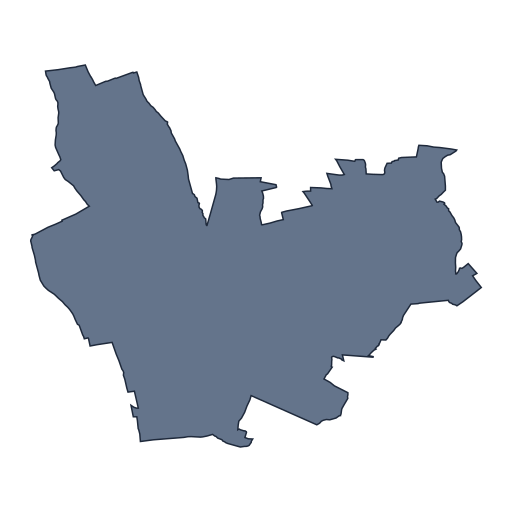 outline of Rebricea, Vaslui, Romania
{"feature_id": "2599482B37161046362240", "entity_name": "Rebricea", "entity_type": "district", "adm_level": 2, "iso_a3": "ROU", "parent_name": "Romania", "parent_adm1": "Vaslui", "projection": "robinson", "projection_center": [27.58, 46.87], "detail": "fine", "context": "isolated", "style": "filled", "palette": "slate", "viewbox_px": 512, "rotation_deg": 0, "n_neighbors": 0, "source": "geoboundaries", "source_scale": "gbopen_adm2", "svg_char_len": 5984}
<svg xmlns="http://www.w3.org/2000/svg" viewBox="0 0 512 512"><path d="M252.7,439.0L248.3,438.8L244.9,437.5L246.5,432.3L246.3,431.7L244.9,430.8L244.1,430.9L240.2,429.7L239.3,429.1L238.6,429.2L237.8,429.7L238.2,425.1L238.8,421.2L241.5,418.1L244.7,412.2L246.9,406.2L249.9,399.8L251.1,395.6L316.8,424.8L319.1,423.5L319.9,422.9L321.3,421.3L323.2,420.3L326.3,419.5L329.8,419.8L336.1,418.0L339.0,415.9L340.4,415.6L340.3,415.4L341.0,414.1L341.6,409.8L341.9,408.6L343.8,405.2L347.8,398.4L347.5,396.6L347.9,394.8L347.9,392.7L334.3,385.8L330.3,382.5L324.0,379.0L326.3,374.7L327.5,373.9L332.2,367.1L331.5,366.8L331.2,366.2L331.6,365.3L331.7,361.1L331.9,359.7L331.6,357.4L332.0,356.8L333.2,356.3L333.8,356.4L334.9,356.7L337.7,357.9L338.8,357.9L341.4,359.1L341.7,359.8L343.8,360.8L342.4,354.9L373.0,357.2L373.1,356.6L368.5,355.6L369.5,354.7L371.0,352.9L373.9,350.2L376.0,349.1L375.3,348.4L377.4,346.1L378.0,346.0L378.2,345.6L378.8,345.2L378.8,344.8L379.1,344.5L379.0,344.0L379.3,343.7L379.2,343.5L379.8,342.7L381.0,339.8L385.9,340.0L387.5,338.2L388.8,335.9L390.0,334.4L393.8,330.4L395.5,328.0L399.8,324.4L401.1,322.7L400.9,322.5L402.3,319.6L402.6,317.7L403.5,315.4L410.9,304.1L418.2,303.6L419.3,303.2L424.0,302.7L448.3,300.3L448.9,301.7L449.6,302.5L451.8,303.4L452.6,304.2L455.5,304.9L456.9,305.8L463.0,301.7L481.3,287.5L475.9,280.6L472.6,275.8L476.9,273.4L468.2,263.6L463.9,267.1L462.0,268.4L460.4,268.0L459.5,268.3L459.4,269.4L458.9,270.2L458.4,271.5L456.8,273.7L456.2,274.0L455.7,273.9L455.8,273.0L455.5,271.3L455.7,267.2L455.4,262.9L455.5,257.5L456.6,253.9L457.3,252.4L458.3,251.6L460.6,248.9L461.9,244.7L462.0,243.3L461.2,241.6L461.6,239.7L461.5,236.7L461.1,233.9L460.8,233.2L460.7,232.1L459.3,229.6L459.3,228.0L459.0,227.0L455.5,222.5L454.8,220.0L453.7,217.8L451.9,215.5L449.9,211.9L449.0,211.2L448.6,210.2L448.6,208.7L447.4,208.0L446.1,206.0L444.0,204.2L444.7,203.3L444.5,202.8L443.0,202.0L439.5,201.1L438.1,202.2L437.0,202.2L435.2,199.1L436.7,198.5L439.2,195.8L441.1,194.5L443.5,192.0L445.4,190.2L445.4,186.0L444.6,176.2L443.5,173.5L442.4,172.4L441.5,168.3L441.2,162.2L441.8,160.7L442.8,158.5L445.0,156.8L447.6,155.2L450.2,154.7L456.0,151.0L456.7,150.0L451.1,149.0L439.6,147.5L433.8,147.1L427.2,145.8L418.9,145.3L418.4,146.9L418.1,148.9L416.4,156.9L401.6,157.5L398.7,158.2L398.2,160.0L394.5,160.6L394.3,161.1L392.1,161.6L391.3,163.1L387.1,163.3L385.0,167.8L384.7,169.0L384.5,170.4L384.8,172.2L384.6,173.4L383.8,174.3L382.5,174.6L372.4,174.3L366.2,173.9L365.9,168.8L365.4,167.1L365.6,164.8L365.4,163.4L364.4,160.7L363.9,160.1L363.0,159.6L355.7,159.6L355.3,159.9L355.0,161.0L354.6,161.3L347.8,160.2L335.6,159.3L336.7,160.7L339.8,166.7L344.3,174.5L342.1,175.1L339.3,175.1L326.9,173.4L327.9,176.5L330.5,183.3L331.0,184.8L331.0,185.7L331.9,188.7L326.8,188.5L321.0,187.9L310.6,187.5L310.6,191.1L306.3,191.2L303.0,191.6L304.3,193.2L309.8,201.5L312.3,205.4L312.1,205.7L298.7,208.7L286.6,211.0L281.8,212.3L281.6,212.7L281.8,213.4L283.3,219.6L277.0,221.0L270.0,223.1L262.3,224.8L261.6,224.7L261.2,222.3L260.2,218.6L260.0,216.5L259.6,215.2L260.5,211.7L262.1,208.8L262.7,206.9L262.5,204.7L263.0,203.0L263.0,199.7L263.5,198.4L263.4,196.0L262.6,192.9L261.8,191.0L276.2,187.5L276.6,187.1L276.0,184.7L260.3,181.7L261.1,177.8L233.4,178.1L229.0,179.5L220.6,179.1L219.1,178.5L215.9,177.8L215.9,178.8L216.5,183.9L216.7,186.5L216.5,190.1L216.2,192.3L215.8,194.4L210.3,214.0L207.0,225.4L206.9,225.5L206.4,225.1L206.1,224.2L205.7,218.9L204.2,217.7L203.8,216.7L202.9,215.4L202.9,213.5L202.2,212.5L202.4,211.0L202.3,210.4L201.2,209.2L200.0,208.7L199.1,207.3L198.9,205.5L199.4,203.4L199.1,203.0L197.9,202.6L197.0,198.2L195.1,196.7L194.8,196.1L194.4,194.8L193.1,193.8L192.5,193.5L188.5,179.0L188.2,176.0L187.4,170.2L185.7,163.9L184.2,160.2L182.8,155.6L180.7,151.4L179.8,149.1L175.3,141.0L174.6,138.9L171.3,133.0L171.0,130.8L169.4,127.4L169.0,127.1L167.3,124.2L167.6,122.1L167.0,121.6L165.4,121.0L164.6,120.2L160.7,116.0L158.3,113.0L156.3,111.5L155.2,109.8L153.2,107.4L150.8,105.7L148.9,103.1L147.8,102.1L146.7,100.8L146.2,99.5L143.2,94.7L140.7,85.6L140.6,84.6L139.2,80.7L138.6,77.3L136.8,72.0L133.4,73.0L133.0,72.3L132.2,72.5L116.1,78.4L115.4,78.1L114.4,78.4L107.5,81.2L105.7,81.3L95.7,85.5L93.8,82.2L92.6,79.7L91.0,76.9L90.8,76.9L88.1,71.8L85.3,65.0L77.4,66.5L75.7,67.1L69.9,67.8L58.0,69.7L45.5,71.1L46.1,74.9L46.5,75.9L47.0,76.5L48.1,78.8L49.6,81.5L49.9,83.3L51.2,88.2L53.9,92.3L54.5,93.8L55.5,98.4L56.0,99.6L57.2,101.0L57.9,102.5L57.9,104.6L57.7,106.3L58.0,108.8L58.7,111.9L58.7,113.3L58.1,117.6L58.3,123.1L58.0,124.2L57.2,125.8L56.5,126.9L56.2,128.0L56.0,130.6L56.3,132.8L56.2,135.1L55.4,139.9L55.1,145.0L55.6,147.4L58.9,154.9L59.8,156.7L60.8,159.6L60.3,160.6L57.7,162.7L57.0,163.6L54.2,166.0L51.7,167.7L54.2,170.8L58.7,169.6L60.5,171.0L63.7,177.4L65.0,179.2L65.5,179.7L68.0,181.3L73.6,185.8L74.8,188.0L76.9,191.0L80.8,195.5L83.9,199.9L85.5,201.5L87.2,204.2L89.3,206.2L75.8,214.1L61.9,220.2L62.2,221.2L55.3,224.3L47.9,227.3L35.5,233.9L34.1,234.4L31.5,234.9L32.9,235.3L32.6,235.6L32.2,237.1L30.9,239.6L30.7,241.0L30.9,241.7L32.0,246.3L32.1,247.6L34.4,255.3L35.5,260.4L35.6,262.0L38.6,273.1L39.0,275.3L40.3,280.2L43.9,286.1L45.9,288.1L48.4,290.4L54.1,294.1L55.1,295.0L58.5,298.3L62.5,301.7L65.1,304.8L67.7,307.2L69.6,309.4L72.7,313.8L73.8,316.0L75.3,319.7L77.5,324.3L79.0,325.1L79.3,325.6L82.7,334.9L83.6,336.5L84.3,338.8L88.0,337.9L88.5,338.5L90.1,346.0L96.9,344.7L112.1,342.4L116.2,354.1L118.9,360.6L121.8,369.0L123.1,370.9L123.7,372.5L123.4,375.2L124.8,379.2L126.8,388.0L128.0,392.1L134.4,391.2L138.3,408.1L136.8,408.2L135.4,407.8L133.8,407.2L131.0,405.3L133.3,416.8L136.8,416.8L137.4,420.6L138.2,428.7L138.7,429.7L139.8,434.0L140.4,441.5L153.4,439.8L183.9,437.4L187.8,436.7L191.2,436.6L200.5,437.1L202.6,436.9L207.1,436.0L212.6,434.4L214.9,436.1L216.0,436.4L217.7,438.1L221.4,439.5L222.2,440.0L222.9,441.1L224.5,441.7L225.8,442.7L227.8,443.5L240.3,447.0L244.6,446.4L246.2,446.4L247.9,446.0L249.2,445.3L250.4,443.5L251.2,442.5L251.3,441.3L252.7,439.0Z" fill="#64748b" stroke="#1e293b" stroke-width="1.5"/></svg>